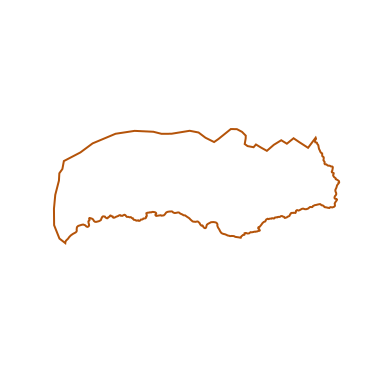 La Paz, Canelones, Uruguay (Albers equal-area conic projection), rotated 311°
{"feature_id": "84410073B15963405844434", "entity_name": "La Paz", "entity_type": "district", "adm_level": 2, "iso_a3": "URY", "parent_name": "Uruguay", "parent_adm1": "Canelones", "projection": "albers", "projection_center": [-56.267, -34.726], "detail": "fine", "context": "isolated", "style": "outline", "palette": "amber", "viewbox_px": 384, "rotation_deg": 311, "n_neighbors": 0, "source": "geoboundaries", "source_scale": "gbopen_adm2", "svg_char_len": 6115}
<svg xmlns="http://www.w3.org/2000/svg" viewBox="0 0 384 384"><g transform="rotate(311 192 192)"><path d="M70.3,129.9L71.5,129.1L72.4,128.9L73.5,128.9L75.4,129.1L77.2,128.9L79.7,129.0L82.2,129.6L85.1,130.7L86.2,130.8L87.1,130.5L88.2,129.4L89.7,128.4L90.4,128.2L91.8,128.4L94.6,130.1L95.8,131.0L96.1,131.3L96.4,132.1L96.8,133.2L96.7,135.0L97.1,136.0L97.6,136.3L98.4,136.5L99.5,136.1L99.7,135.8L100.2,135.3L100.5,134.6L101.7,133.2L102.4,133.0L103.0,133.2L103.7,133.0L104.2,132.0L104.5,131.8L104.7,131.7L105.1,131.7L105.3,131.9L106.2,133.8L106.3,134.5L106.4,135.4L105.8,136.9L105.9,138.4L106.6,139.3L108.9,140.9L110.5,141.5L111.0,141.6L111.5,141.5L112.8,140.9L113.5,140.9L114.2,140.6L115.2,140.8L115.4,141.0L116.2,142.2L116.3,142.5L116.0,143.1L116.0,143.4L116.3,144.9L116.6,145.3L116.9,145.5L117.4,145.3L118.0,145.4L119.3,145.9L120.0,145.7L120.7,145.8L120.9,146.1L120.9,147.2L121.5,148.1L121.5,148.3L121.1,148.7L121.0,149.0L121.0,149.3L121.3,149.9L122.0,150.4L123.6,151.0L125.4,152.0L126.2,152.2L126.9,152.5L127.4,153.0L127.4,153.9L127.8,154.2L128.1,154.9L128.5,155.2L129.2,155.3L129.6,155.6L129.9,155.7L130.1,155.7L130.6,156.1L130.8,157.0L130.5,158.5L130.5,159.2L131.5,160.3L132.0,161.6L132.7,162.1L132.9,162.4L132.9,163.7L133.3,164.6L133.0,164.8L133.0,165.2L132.9,166.4L133.2,166.7L133.4,167.1L133.6,167.7L133.8,168.0L133.8,168.7L134.6,169.6L135.3,169.9L135.4,170.2L135.3,170.7L135.6,171.1L136.0,171.4L136.8,171.6L137.6,171.5L138.8,172.6L139.5,172.8L140.1,172.7L141.4,174.0L142.4,174.2L142.7,174.1L143.3,173.5L143.7,173.7L144.2,173.6L144.5,173.4L145.2,172.6L145.8,171.7L146.0,171.5L146.3,171.6L147.0,171.9L148.8,173.5L149.2,173.6L149.6,174.3L150.0,174.7L150.8,175.0L151.2,175.4L151.9,176.4L152.2,176.9L152.2,177.1L152.5,177.5L152.6,177.9L152.6,178.6L152.3,179.1L152.1,179.2L151.7,179.3L150.9,179.3L150.6,179.5L150.4,180.3L150.6,180.8L153.8,183.5L154.0,183.7L154.0,184.3L154.3,184.7L155.8,186.0L157.1,186.2L159.5,186.0L160.0,186.1L161.3,186.8L162.8,188.1L163.0,188.4L163.7,189.0L164.2,189.7L164.3,190.2L164.2,190.6L164.2,191.0L164.3,191.6L164.9,192.9L166.5,194.2L167.1,194.6L167.6,195.1L167.9,195.5L168.0,196.0L168.0,197.3L168.3,198.2L168.8,199.8L168.8,200.5L169.0,201.1L169.8,202.1L170.0,204.3L170.2,205.6L170.4,207.3L170.2,208.9L170.2,210.7L170.2,211.7L170.5,212.4L171.5,213.8L172.0,214.4L173.1,215.2L173.5,215.7L173.6,216.3L173.5,218.2L172.9,219.6L172.8,221.2L173.2,221.9L173.4,221.6L173.6,221.8L173.6,222.2L173.2,223.1L173.0,224.0L173.0,225.1L173.3,225.6L173.7,225.9L174.3,225.9L175.0,225.7L175.6,225.3L177.1,224.7L177.8,224.8L178.6,225.0L181.7,226.2L183.4,227.9L184.4,229.5L184.8,230.6L184.6,231.8L184.1,232.6L183.2,233.2L182.7,234.1L182.2,235.1L181.7,237.0L180.9,238.8L180.4,240.6L180.4,241.4L180.6,242.3L181.2,243.7L181.6,244.3L182.4,246.5L182.4,247.0L182.6,247.5L183.4,248.9L183.6,249.5L184.2,250.2L184.7,250.6L185.8,252.0L186.2,252.6L186.4,253.3L186.5,254.0L186.8,254.5L188.8,257.6L189.2,258.5L189.6,258.8L190.1,258.4L191.3,258.4L192.1,258.6L192.8,258.6L193.8,259.4L194.1,259.6L194.4,259.6L194.8,259.3L195.0,258.9L195.3,258.7L195.7,258.9L196.1,259.2L196.7,260.0L196.8,260.5L197.0,261.0L198.1,262.1L198.6,262.3L200.0,262.5L200.3,262.8L200.8,263.6L201.8,264.3L202.2,264.7L202.9,265.0L203.2,265.4L203.4,265.8L204.2,266.2L204.5,266.7L205.4,267.3L206.2,267.6L206.9,268.3L207.4,268.4L207.7,268.0L207.7,267.6L207.9,267.3L208.1,267.0L207.9,266.3L208.0,265.9L208.2,265.6L208.9,265.3L209.4,265.4L209.8,265.8L210.2,265.9L213.2,265.8L214.5,265.6L216.4,265.8L217.9,266.6L219.1,266.2L220.1,266.1L221.5,266.7L221.8,267.6L223.2,268.4L224.0,269.4L224.4,269.4L224.9,269.8L225.4,270.8L225.9,271.3L226.7,271.2L227.0,271.3L227.3,271.7L228.0,272.0L228.7,272.9L229.1,272.9L229.4,273.3L230.0,273.6L230.4,274.2L230.8,274.6L232.0,274.9L232.5,275.3L232.9,275.7L233.0,276.5L233.5,277.5L233.6,278.0L233.3,278.6L233.3,279.0L233.6,279.3L235.1,280.2L236.1,280.4L237.5,281.1L238.1,281.2L239.2,280.8L239.7,280.7L240.4,280.8L240.8,280.6L241.2,280.7L241.7,281.0L242.7,282.2L243.0,282.3L243.4,282.7L243.9,283.7L244.1,283.8L244.9,283.6L246.0,282.9L246.9,283.0L247.3,283.2L247.7,284.2L248.0,284.7L249.1,285.2L251.1,285.9L251.7,286.2L252.4,286.8L253.1,288.5L254.3,289.8L254.7,289.9L255.4,290.4L258.0,290.9L258.4,291.2L259.0,292.1L259.5,292.6L259.8,292.7L260.7,292.5L262.6,293.3L263.7,294.2L265.3,295.3L266.8,296.5L267.0,296.9L267.0,298.3L267.2,298.9L267.5,299.1L267.7,299.7L267.8,300.7L267.6,301.6L267.6,302.0L267.9,302.6L268.1,302.7L269.2,304.8L269.3,305.1L269.5,305.4L269.8,305.6L270.1,306.2L271.2,306.3L271.5,306.5L272.4,308.0L274.0,308.9L274.4,309.0L274.9,309.0L275.4,308.9L276.1,308.2L277.0,307.2L278.9,306.8L280.7,306.7L281.4,306.4L281.5,306.0L281.5,305.6L280.9,304.6L280.8,304.0L280.9,303.7L281.5,303.0L282.7,302.6L284.0,302.6L284.8,302.4L285.1,302.2L285.8,301.5L286.5,300.0L287.3,299.1L287.9,298.7L289.5,298.3L291.0,297.7L292.1,297.1L293.8,297.0L294.8,296.9L294.9,296.7L295.3,296.9L295.9,296.7L296.6,295.8L296.6,295.4L296.5,293.8L296.0,292.1L296.5,291.7L296.6,291.3L296.5,289.4L297.0,287.8L297.5,287.3L298.7,287.0L299.2,286.5L299.2,286.2L298.7,285.0L298.7,284.6L299.1,284.1L300.4,283.7L302.3,282.6L303.1,282.0L303.2,281.6L303.2,281.1L302.4,280.0L302.3,279.1L302.1,278.6L301.7,278.0L301.2,277.5L301.1,277.2L301.0,276.7L301.0,275.3L300.2,274.3L300.2,273.8L300.5,273.2L301.6,272.5L302.0,271.2L302.1,270.6L302.4,270.2L303.3,269.7L304.1,269.1L304.5,268.7L304.7,268.1L304.5,267.3L304.7,266.6L306.3,265.1L306.5,264.9L306.2,264.2L306.4,263.6L306.4,263.0L306.6,262.3L307.3,261.1L307.6,260.1L308.2,259.1L310.1,256.7L310.3,256.2L310.5,254.9L311.1,254.0L311.1,253.6L310.4,252.5L310.9,251.6L311.2,251.2L311.7,250.9L312.9,250.9L313.6,250.6L314.1,249.7L301.5,250.6L300.0,240.2L299.2,233.4L290.7,231.9L289.6,225.4L281.3,222.8L272.2,221.5L270.9,215.4L269.8,209.1L266.2,209.1L263.1,203.8L262.8,200.3L267.6,197.4L269.8,195.6L270.2,190.3L268.9,184.7L265.0,180.0L249.4,177.2L244.2,175.9L241.8,166.6L241.2,157.9L236.7,150.1L222.5,138.3L215.9,130.8L212.1,123.3L200.5,108.6L185.8,96.1L163.5,85.1L148.6,81.8L131.3,75.0L124.3,79.1L119.1,79.6L113.3,84.1L100.1,90.7L88.8,98.8L76.5,109.7L69.9,122.5L70.3,129.9Z" fill="none" stroke="#b45309" stroke-width="2"/></g></svg>